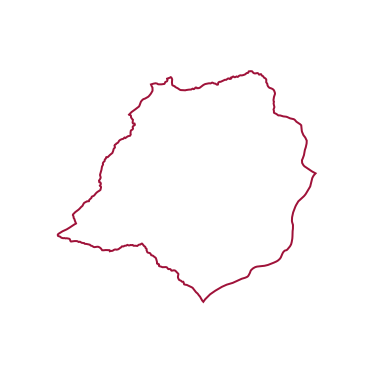 the district of Titiribí, Antioquia, Colombia, rotated 229°
{"feature_id": "7082276B91110424420481", "entity_name": "Titiribí", "entity_type": "district", "adm_level": 2, "iso_a3": "COL", "parent_name": "Colombia", "parent_adm1": "Antioquia", "projection": "robinson", "projection_center": [-75.783, 6.066], "detail": "fine", "context": "isolated", "style": "outline", "palette": "rose", "viewbox_px": 384, "rotation_deg": 229, "n_neighbors": 0, "source": "geoboundaries", "source_scale": "gbopen_adm2", "svg_char_len": 6064}
<svg xmlns="http://www.w3.org/2000/svg" viewBox="0 0 384 384"><g transform="rotate(229 192 192)"><path d="M278.3,185.9L276.8,184.2L275.7,183.6L275.1,182.3L276.2,179.9L276.4,177.2L277.3,176.9L277.4,176.6L277.2,175.2L278.0,173.5L278.4,172.1L278.5,170.7L278.0,169.3L277.8,168.0L278.2,166.9L278.0,165.9L278.2,164.8L277.8,163.9L276.4,163.3L276.1,162.8L276.0,161.5L275.7,160.8L274.8,159.6L273.7,157.5L273.8,154.5L273.6,151.2L274.5,150.3L274.5,150.0L273.8,149.0L273.7,147.5L272.7,146.4L272.6,144.8L272.5,144.3L272.1,143.5L271.1,142.9L270.2,140.7L268.2,138.3L265.4,134.0L264.8,133.5L263.6,133.0L262.8,132.5L262.5,132.1L262.0,130.9L261.7,129.6L261.6,129.3L261.3,129.1L261.0,129.0L260.4,128.5L260.1,128.5L260.0,128.8L259.7,129.0L259.2,129.1L258.8,129.0L258.0,128.6L257.6,128.0L257.2,126.6L256.6,126.6L256.2,126.8L255.6,126.7L255.1,126.3L253.7,124.3L253.7,123.3L254.1,120.7L254.1,119.3L254.0,118.3L253.6,116.2L253.6,115.3L254.2,113.3L253.5,112.0L253.5,110.0L253.4,109.2L252.7,108.2L253.5,107.0L253.8,106.8L254.5,103.7L254.4,102.8L253.4,100.2L253.4,98.1L253.2,96.8L253.1,94.8L253.4,90.7L253.2,88.2L253.1,87.4L252.7,86.9L251.4,86.6L250.1,85.7L248.7,85.5L247.2,84.8L244.3,83.8L244.7,81.9L245.4,76.5L246.0,72.9L247.3,68.5L248.0,64.0L248.0,63.2L247.9,62.8L247.5,62.4L246.7,62.1L244.7,63.2L243.2,63.4L241.7,64.4L240.9,65.5L239.9,66.2L239.3,67.1L237.4,68.6L236.6,68.8L234.6,68.1L234.0,68.2L232.0,71.2L230.9,72.5L229.9,73.3L229.1,73.5L228.5,73.8L228.1,74.7L227.8,74.9L226.1,75.4L224.1,77.1L223.5,77.0L223.0,77.3L222.0,78.3L219.3,80.3L218.1,80.4L217.0,81.1L214.9,81.8L214.3,82.3L213.1,84.2L212.4,85.1L211.8,85.5L210.5,86.0L209.1,86.2L207.0,86.0L205.9,87.2L204.9,88.7L202.2,91.6L201.9,91.6L201.5,91.2L201.2,91.1L200.7,92.2L200.2,92.7L199.7,93.7L199.6,94.9L199.2,96.0L198.6,96.8L198.0,97.2L197.4,98.2L197.1,99.0L197.0,100.0L197.0,100.8L196.8,101.7L196.8,102.6L196.9,103.0L196.9,103.5L195.8,104.7L195.7,105.7L194.7,107.2L194.5,108.5L193.2,109.2L192.6,110.0L192.3,110.9L191.5,111.6L191.0,112.4L190.9,112.5L190.1,112.5L189.6,112.8L188.4,114.2L187.2,115.3L187.1,117.0L186.9,117.7L186.3,118.5L186.1,120.1L185.7,120.5L182.7,120.4L181.5,120.7L181.2,120.7L180.0,120.2L179.0,120.4L178.4,120.1L177.9,119.5L177.4,119.3L176.6,119.1L176.0,118.8L175.6,118.8L174.9,119.1L173.9,119.9L173.5,120.1L172.9,120.2L171.0,119.8L170.2,120.4L169.3,120.8L168.4,120.9L166.2,121.4L164.9,121.0L162.6,119.9L162.1,119.6L161.0,118.7L160.5,118.8L160.0,119.3L159.6,119.2L159.4,119.5L159.1,119.6L158.7,119.4L158.0,118.7L157.7,118.6L157.4,118.7L156.1,119.6L154.6,120.4L152.5,123.0L152.1,123.3L151.4,123.6L149.6,123.5L149.3,123.6L148.2,124.9L147.5,125.1L146.3,124.9L146.1,125.0L145.8,125.2L145.2,126.4L144.2,127.5L143.3,127.8L139.3,128.0L138.9,127.8L137.3,125.8L136.5,125.2L134.4,124.6L133.7,124.8L132.1,125.5L130.9,125.6L130.6,125.8L130.0,126.5L129.4,126.4L127.5,125.5L126.6,126.0L125.3,127.1L120.5,129.2L119.3,129.6L113.8,129.3L111.6,129.6L109.5,129.4L107.8,129.4L103.4,128.5L101.7,128.5L102.4,131.5L102.9,138.6L102.2,144.9L100.8,152.4L99.3,157.4L96.7,163.1L93.9,172.6L92.4,175.9L91.8,177.8L91.7,178.9L91.9,179.9L92.9,182.5L94.1,184.7L94.3,185.8L94.3,188.2L93.8,190.5L93.0,192.2L88.7,198.4L87.1,201.5L85.0,207.4L84.2,210.1L83.9,211.7L83.9,214.2L84.3,216.0L86.2,219.9L86.7,221.3L86.9,222.8L86.8,223.9L86.2,224.9L86.0,226.0L86.7,230.3L87.5,232.5L88.8,234.4L91.0,237.1L92.7,238.8L96.5,242.3L98.1,244.1L100.9,246.6L103.4,247.7L104.6,248.4L107.3,251.0L110.2,254.9L113.1,260.3L113.8,261.9L115.2,266.1L115.4,273.8L115.7,275.7L116.0,276.9L118.6,284.8L123.6,291.9L124.3,293.6L124.7,295.0L125.0,297.5L128.7,296.1L137.7,293.7L139.3,293.7L141.7,294.2L143.9,295.9L144.6,297.5L146.4,300.7L149.7,304.8L151.1,307.2L153.5,310.4L155.5,312.3L158.8,313.2L161.8,313.4L164.9,314.4L166.0,314.9L170.7,318.2L172.1,318.1L176.5,316.9L178.9,316.9L179.5,316.8L180.3,316.5L183.3,314.3L186.0,313.1L187.0,312.5L189.2,310.5L191.9,308.8L193.2,307.4L195.5,306.9L197.8,305.9L198.4,306.1L199.4,307.0L200.8,307.7L201.8,309.6L202.5,310.2L203.6,310.7L205.3,311.7L206.4,313.1L207.0,313.2L208.1,314.0L210.0,316.3L211.6,319.0L212.4,319.6L214.1,320.3L215.4,320.6L216.8,320.4L218.0,319.9L219.7,318.9L220.3,318.7L221.9,318.7L223.0,319.0L224.3,319.8L226.1,320.0L228.0,321.7L228.4,321.9L229.7,321.9L231.0,321.4L232.7,321.6L234.1,321.1L235.5,321.4L235.8,321.2L236.0,320.8L236.5,319.7L238.3,319.7L238.7,319.5L239.0,319.2L239.8,317.8L240.4,317.1L241.0,316.7L241.6,316.5L243.7,316.5L244.6,315.7L245.8,313.9L245.2,312.7L245.2,312.3L245.9,311.2L245.9,309.4L246.5,307.6L247.3,306.1L248.4,305.0L248.8,303.8L248.8,302.2L249.1,301.8L249.9,301.5L250.0,301.2L250.4,299.8L251.0,299.2L251.8,299.1L252.1,298.9L252.3,298.4L252.4,297.4L252.8,296.6L252.7,296.3L252.0,296.1L252.0,295.5L252.7,294.5L253.1,294.3L253.4,294.4L253.8,294.0L254.1,293.4L254.2,291.5L255.1,290.4L256.3,286.2L256.5,285.7L257.0,285.2L257.2,284.7L257.3,284.1L257.3,283.7L257.0,283.2L256.1,282.1L256.2,281.8L256.5,281.4L256.9,281.1L258.3,280.8L259.6,279.8L261.1,279.2L261.4,278.8L261.7,277.4L262.0,277.0L262.4,276.7L263.1,275.8L264.8,272.8L265.3,270.9L265.6,266.2L266.0,265.2L267.0,263.9L267.5,264.0L268.2,263.6L268.5,263.1L268.3,261.9L268.4,261.0L268.6,260.7L269.3,260.5L269.6,260.2L269.9,258.6L271.3,256.8L272.7,254.6L273.2,253.6L276.3,250.4L277.2,249.9L279.6,249.3L282.1,248.3L283.1,248.3L285.0,247.4L285.4,247.3L285.9,247.4L287.8,248.7L290.1,251.0L291.9,251.5L292.4,251.4L292.7,251.2L292.8,250.3L293.9,247.5L293.6,247.3L292.8,247.2L292.3,246.5L292.1,246.1L292.0,245.7L292.5,244.0L291.8,242.5L291.8,241.9L293.3,239.6L294.8,237.8L295.6,237.1L296.7,236.8L298.0,235.8L299.1,233.9L300.1,231.6L298.0,230.9L296.8,230.7L294.7,229.0L294.2,228.4L293.2,225.5L292.7,222.9L292.6,221.4L293.3,217.9L294.0,216.1L294.0,214.5L293.7,212.8L293.4,212.2L291.6,208.9L291.3,208.0L291.6,203.2L292.0,198.9L291.7,195.2L291.4,195.2L290.6,195.9L290.0,196.0L289.4,195.8L288.6,195.1L288.0,194.9L286.4,194.7L285.3,194.8L283.3,192.7L282.8,192.5L282.3,192.5L281.4,193.5L280.5,193.2L280.1,192.8L280.3,190.8L280.2,190.2L279.8,189.7L278.8,189.3L278.4,188.8L278.2,188.0L278.5,186.6L278.3,185.9Z" fill="none" stroke="#9f1239" stroke-width="2"/></g></svg>